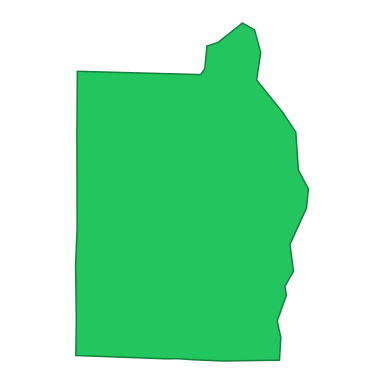 outline of Henry, Alabama, United States of America
{"feature_id": "52423323B43963641408818", "entity_name": "Henry", "entity_type": "district", "adm_level": 2, "iso_a3": "USA", "parent_name": "United States of America", "parent_adm1": "Alabama", "projection": "orthographic", "projection_center": [-85.179, 31.541], "detail": "fine", "context": "isolated", "style": "filled", "palette": "green", "viewbox_px": 384, "rotation_deg": 0, "n_neighbors": 0, "source": "geoboundaries", "source_scale": "gbopen_adm2", "svg_char_len": 501}
<svg xmlns="http://www.w3.org/2000/svg" viewBox="0 0 384 384"><path d="M306.1,208.9L306.5,208.2L308.4,189.0L298.4,170.0L295.8,132.2L283.0,112.8L256.6,80.0L260.7,52.6L254.6,30.0L242.4,23.0L217.8,42.6L206.9,46.0L204.8,68.7L200.7,74.6L77.3,71.3L76.9,134.6L77.1,228.2L75.6,264.2L76.3,320.4L75.8,355.5L164.7,358.8L177.8,358.7L192.4,359.7L223.5,361.0L279.5,360.2L280.8,337.5L277.2,320.9L286.4,295.3L284.9,286.4L293.5,271.2L290.0,244.3L306.1,208.9Z" fill="#22c55e" stroke="#15803d" stroke-width="1.5"/></svg>